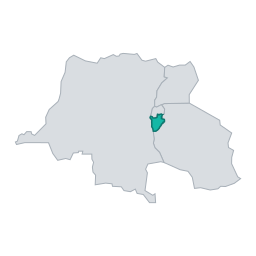 map of Burundi with United Republic of Tanzania, Democratic Republic of the Congo, Uganda and Rwanda greyed out
{"feature_id": "BDI", "entity_name": "Burundi", "entity_type": "country or territory", "adm_level": 0, "iso_a3": "BDI", "parent_name": "Africa", "parent_adm1": "", "projection": "mercator", "projection_center": [29.996, -3.384], "detail": "fine", "context": "with_neighbors", "style": "filled", "palette": "teal", "viewbox_px": 256, "rotation_deg": 0, "n_neighbors": 4, "source": "natural_earth", "source_scale": "50m", "svg_char_len": 3057}
<svg xmlns="http://www.w3.org/2000/svg" viewBox="0 0 256 256"><path d="M189.3,103.1L219.7,120.3L220.2,125.0L231.7,133.0L228.0,142.9L228.5,147.5L233.6,150.4L231.7,157.4L231.6,163.7L237.7,176.8L240.6,178.6L234.3,183.3L225.5,186.5L220.7,186.3L217.9,188.8L210.2,190.0L200.6,187.7L194.5,188.4L192.3,177.3L188.0,171.3L180.1,169.7L164.0,162.5L159.6,152.4L155.0,147.8L153.4,143.2L154.2,139.0L152.7,131.6L156.1,131.2L164.1,122.4L161.8,114.8L164.1,113.8L164.6,109.1L161.4,104.6L164.2,103.6L189.3,103.1Z" fill="#d9dde1" stroke="#a8b0b8" stroke-width="1"/><path d="M152.2,121.9L154.2,139.0L153.4,143.2L155.0,147.8L159.6,152.4L164.0,162.5L160.8,161.7L147.9,164.0L145.6,169.2L147.4,172.8L145.0,190.6L152.8,195.3L155.0,193.8L155.6,202.6L149.5,202.6L143.3,194.5L137.1,193.4L135.3,189.1L130.4,191.7L124.0,190.6L121.3,186.8L112.5,186.3L112.0,183.8L105.6,183.1L95.2,184.8L95.6,175.1L93.0,172.1L92.4,167.1L93.6,162.3L91.9,159.1L91.8,154.1L82.1,154.1L82.8,151.2L78.7,151.2L78.3,152.6L73.3,153.0L70.1,159.7L65.7,158.5L57.7,160.3L52.8,153.5L48.5,142.7L24.9,142.6L16.5,144.5L15.4,142.0L17.4,141.1L19.0,135.5L21.9,133.8L24.0,134.7L26.7,131.6L31.1,131.7L31.6,133.9L34.6,135.4L46.0,123.8L45.7,117.2L49.2,109.5L58.1,101.5L59.1,98.9L60.6,93.2L61.1,81.6L65.1,72.3L66.3,61.8L69.4,57.8L73.7,55.2L85.4,60.9L97.2,63.2L100.7,57.8L104.4,58.6L113.3,54.6L116.4,56.3L119.0,56.0L120.2,54.1L123.2,53.4L134.4,54.4L137.0,53.5L141.9,60.2L145.5,61.2L155.8,58.6L157.7,62.1L164.7,67.4L164.2,76.8L167.4,77.9L161.8,82.8L157.0,90.7L156.6,97.2L154.7,100.2L154.7,106.3L152.4,108.5L150.2,118.3L152.2,121.9Z" fill="#d9dde1" stroke="#a8b0b8" stroke-width="1"/><path d="M189.3,103.1L164.2,103.6L156.6,107.1L154.7,106.3L154.7,100.2L156.6,97.2L157.0,90.7L161.8,82.8L167.4,77.9L164.2,76.8L164.7,67.4L168.0,65.2L173.1,67.0L179.5,65.1L185.2,65.1L190.1,61.5L193.9,67.0L198.4,80.3L189.2,94.6L189.3,103.1Z" fill="#d9dde1" stroke="#a8b0b8" stroke-width="1"/><path d="M161.4,104.6L164.6,109.1L164.1,113.8L161.8,114.8L157.5,114.3L155.1,118.9L150.2,118.3L152.4,108.5L154.7,106.3L156.6,107.1L161.4,104.6Z" fill="#d9dde1" stroke="#a8b0b8" stroke-width="1"/><path d="M162.5,114.7L162.3,114.9L161.6,116.4L161.4,116.7L161.5,116.8L161.8,117.1L161.6,117.6L161.4,118.1L161.5,118.5L162.2,118.9L162.9,119.0L163.7,119.4L164.3,119.4L164.4,119.7L164.4,120.1L164.5,120.5L164.5,121.2L164.4,121.8L163.5,122.0L163.0,122.3L162.9,122.5L163.0,122.7L163.1,122.9L162.3,123.5L161.4,124.3L161.2,124.8L161.1,125.4L160.8,125.8L160.2,126.4L159.5,127.5L159.2,128.3L157.6,130.0L156.2,130.9L155.8,131.2L153.3,131.2L153.1,130.0L152.7,128.3L151.8,126.9L151.7,126.2L151.8,125.0L151.8,123.4L151.7,122.5L151.7,121.8L151.8,120.7L151.8,120.0L151.3,119.2L150.5,118.4L150.2,117.9L150.1,117.6L150.1,117.3L150.3,116.9L150.5,116.4L150.8,116.3L151.6,116.5L152.4,116.9L152.8,117.9L153.1,118.0L153.7,118.0L155.2,117.9L155.6,117.9L156.3,117.7L157.0,117.3L157.2,116.9L157.3,115.9L157.5,114.3L157.8,114.2L158.8,114.8L159.0,114.9L159.5,114.6L159.9,114.3L160.2,114.3L161.3,114.0L161.9,114.5L162.3,114.7L162.5,114.7Z" fill="#14b8a6" stroke="#0f766e" stroke-width="1.5"/></svg>